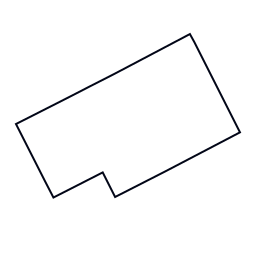 the district of Blaine, Oklahoma, United States of America, rotated 63°
{"feature_id": "52423323B75557290257100", "entity_name": "Blaine", "entity_type": "district", "adm_level": 2, "iso_a3": "USA", "parent_name": "United States of America", "parent_adm1": "Oklahoma", "projection": "mercator", "projection_center": [-98.46, 35.859], "detail": "fine", "context": "isolated", "style": "outline", "palette": "ink", "viewbox_px": 256, "rotation_deg": 63, "n_neighbors": 0, "source": "geoboundaries", "source_scale": "gbopen_adm2", "svg_char_len": 356}
<svg xmlns="http://www.w3.org/2000/svg" viewBox="0 0 256 256"><g transform="rotate(63 128 128)"><path d="M72.4,30.2L73.6,115.4L73.6,142.9L73.7,164.5L73.6,221.4L73.6,226.0L75.9,226.0L137.2,226.1L156.1,226.0L156.1,175.4L156.1,170.7L183.6,170.8L183.6,133.8L183.6,115.4L182.7,30.2L81.6,29.9L72.4,30.2Z" fill="none" stroke="#020617" stroke-width="2"/></g></svg>